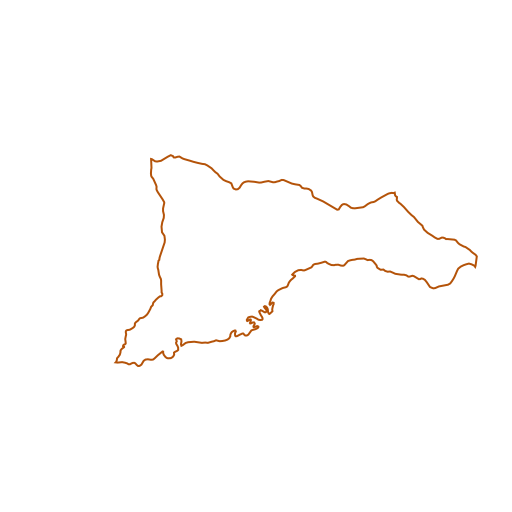 Güepsa, Santander, Colombia (Natural Earth projection), rotated 233°
{"feature_id": "7082276B24684560150215", "entity_name": "Güepsa", "entity_type": "district", "adm_level": 2, "iso_a3": "COL", "parent_name": "Colombia", "parent_adm1": "Santander", "projection": "natural_earth1", "projection_center": [-73.583, 6.036], "detail": "fine", "context": "isolated", "style": "outline", "palette": "amber", "viewbox_px": 512, "rotation_deg": 233, "n_neighbors": 0, "source": "geoboundaries", "source_scale": "gbopen_adm2", "svg_char_len": 6117}
<svg xmlns="http://www.w3.org/2000/svg" viewBox="0 0 512 512"><g transform="rotate(233 256 256)"><path d="M396.6,230.6L389.2,225.5L388.1,224.3L385.2,221.8L383.2,220.6L382.2,220.3L379.5,220.4L372.8,218.9L371.2,218.3L369.3,216.7L368.1,216.3L366.0,216.0L357.4,215.5L354.4,215.1L353.6,214.7L349.9,210.4L347.8,208.8L344.2,207.2L341.9,205.2L339.4,201.5L336.3,198.2L331.5,195.2L328.7,195.1L327.2,195.0L323.9,193.1L321.8,191.2L313.6,179.2L312.6,177.9L311.1,176.4L311.1,176.2L310.8,175.1L310.1,174.5L308.9,173.1L306.6,170.9L305.3,170.2L303.7,169.6L299.4,167.3L297.4,166.7L294.9,166.2L293.4,165.4L290.5,163.2L284.6,159.4L284.0,158.8L282.1,158.4L281.1,157.5L281.0,156.9L281.0,155.9L281.6,155.0L281.6,152.9L281.3,149.7L280.8,147.6L280.7,146.4L280.4,145.7L278.8,143.8L278.6,141.8L277.3,139.7L275.5,135.8L274.8,133.6L274.6,131.1L274.7,128.8L275.0,128.1L276.0,126.1L276.1,125.6L276.0,124.9L275.4,123.0L275.4,120.3L275.2,119.2L274.9,118.6L273.5,117.5L272.9,116.4L272.7,115.6L272.7,114.0L273.0,111.2L273.5,109.9L273.9,109.4L274.4,108.3L274.5,107.5L274.3,106.9L273.8,106.4L273.1,105.9L271.8,105.3L271.1,104.7L270.3,103.7L268.4,101.6L265.6,100.0L264.5,99.2L264.4,98.8L264.4,97.9L264.7,97.1L264.7,96.8L264.4,96.0L263.9,95.5L262.9,96.0L262.6,95.8L262.6,92.9L262.2,91.4L261.9,90.8L261.4,90.3L261.0,90.2L259.6,88.5L259.0,87.6L258.8,86.7L258.3,85.5L258.2,84.5L257.9,83.4L256.8,82.4L255.7,80.9L255.5,79.9L254.1,81.4L251.8,85.2L249.7,87.1L247.9,88.4L246.2,89.1L245.4,90.2L245.1,92.1L244.7,93.4L243.7,94.7L242.8,95.0L240.6,95.2L239.1,95.6L238.3,96.9L238.2,99.1L239.9,103.2L239.8,105.4L238.6,107.5L236.7,109.3L235.8,110.4L235.2,111.7L235.3,113.7L235.8,117.9L236.0,123.9L235.5,124.3L234.3,123.4L232.6,122.9L230.1,122.9L228.4,123.3L227.3,124.1L225.7,126.5L225.5,128.1L225.6,129.4L226.4,131.2L228.2,132.4L228.2,133.5L227.7,136.1L227.8,137.3L229.7,138.7L231.6,139.2L233.7,139.4L234.8,139.9L235.6,141.4L237.6,142.0L237.6,143.6L236.4,145.0L234.5,146.1L232.8,145.2L230.6,142.9L229.2,142.4L228.9,143.9L228.9,147.5L228.0,149.9L224.7,155.1L219.2,160.5L217.4,163.4L215.6,165.3L214.1,169.3L213.3,171.0L212.7,173.4L209.8,175.7L208.4,177.9L207.1,180.5L206.4,183.0L206.4,185.1L207.3,187.1L208.4,188.0L209.3,189.4L209.8,190.8L209.7,192.7L209.3,194.2L208.9,194.7L207.8,194.4L207.1,192.9L205.3,191.6L204.7,191.4L204.1,191.5L203.5,192.4L203.2,193.8L203.0,195.3L202.3,198.4L201.7,199.2L200.0,199.3L199.1,199.5L198.5,200.1L198.0,200.9L197.8,202.5L197.9,202.9L199.3,207.4L199.1,208.5L197.9,211.5L197.5,213.5L197.5,214.4L197.7,215.0L198.2,215.4L199.1,215.0L199.5,214.3L200.2,211.9L200.6,211.3L201.1,211.4L201.6,212.0L202.4,213.9L202.9,214.4L204.1,214.5L204.8,213.6L205.2,211.6L205.6,210.8L206.1,210.8L207.4,212.9L208.2,213.5L208.5,213.5L208.9,213.1L209.0,212.4L209.1,210.7L209.3,209.9L209.7,209.8L210.5,210.2L211.4,212.3L211.6,213.0L210.9,214.8L210.0,216.4L208.8,217.2L205.4,219.0L204.4,219.3L203.4,219.8L202.1,221.1L201.4,222.5L201.6,223.2L202.4,223.8L203.6,224.1L206.1,224.3L209.1,224.9L209.9,225.3L209.9,225.8L209.6,226.7L209.8,227.2L208.6,227.9L205.9,229.0L205.3,229.8L205.3,230.9L205.9,231.6L207.2,231.8L209.8,231.7L210.7,231.9L210.7,232.8L209.9,233.5L208.2,233.8L206.5,233.4L204.0,231.9L202.3,231.5L201.6,231.9L201.8,234.5L202.0,235.9L203.6,236.8L204.7,238.0L206.3,239.9L206.9,241.1L208.0,241.9L208.9,241.2L208.9,239.8L208.5,238.7L208.5,237.8L209.4,237.8L210.5,238.9L211.4,240.4L212.8,242.3L213.8,244.9L214.4,247.9L215.3,251.2L215.3,253.2L214.6,257.0L214.2,258.5L213.1,261.0L212.9,262.2L213.2,263.4L215.0,266.3L215.6,268.3L215.9,270.0L215.9,271.6L216.3,275.0L216.8,275.3L218.6,273.8L219.3,273.7L219.5,274.7L219.7,276.3L219.8,277.7L219.2,281.2L217.7,283.7L216.1,285.0L215.4,286.0L215.0,287.3L213.6,293.4L213.9,294.8L214.4,295.9L214.4,297.2L214.0,298.5L212.7,300.7L211.4,303.8L210.0,307.7L209.0,308.4L207.4,308.7L205.7,309.5L203.4,310.8L201.7,312.8L201.1,314.2L199.5,316.5L197.2,318.1L195.8,319.7L195.5,320.9L196.6,326.4L196.0,328.3L195.0,330.5L193.7,332.7L192.8,335.1L189.1,340.6L187.2,341.8L185.6,342.6L184.5,344.5L183.2,345.8L181.3,346.4L177.5,346.6L175.8,346.6L174.6,346.0L173.4,345.9L170.1,347.2L169.3,348.3L168.5,349.6L166.3,350.2L164.2,351.7L162.9,353.8L160.1,355.4L158.0,356.5L153.7,360.7L151.9,363.0L150.0,364.5L147.9,365.2L147.1,366.3L146.1,369.0L144.8,370.0L139.5,372.1L138.7,373.3L138.6,374.5L137.3,375.7L135.3,376.5L132.3,376.6L126.6,376.3L124.9,377.2L123.4,378.2L122.5,379.9L121.6,383.8L117.5,392.1L117.2,394.6L118.0,397.4L119.1,400.3L120.2,402.6L123.1,407.6L124.2,409.9L124.3,413.2L123.7,416.3L122.9,418.8L121.8,421.5L119.7,423.1L117.0,424.5L115.4,424.5L116.1,425.5L122.8,432.1L124.8,432.1L128.3,431.0L130.1,430.6L132.1,430.4L137.1,428.7L138.6,427.6L142.9,425.6L144.9,425.2L148.1,425.1L149.6,424.3L153.8,419.7L155.2,417.9L156.6,417.5L158.2,416.4L158.9,415.4L159.5,412.5L160.5,411.2L163.3,409.9L166.1,409.0L171.2,407.0L175.9,406.1L178.6,406.6L180.0,407.1L185.8,405.8L192.1,405.6L195.1,404.8L199.6,404.1L206.1,403.6L210.8,402.8L212.2,402.3L215.3,401.9L216.3,402.3L217.3,403.3L218.3,404.1L219.6,403.6L220.7,403.6L223.1,404.9L223.3,403.9L224.8,402.3L225.9,400.0L226.3,398.6L227.4,391.2L227.8,387.0L227.9,384.2L228.3,382.5L229.5,380.2L229.9,378.5L230.2,376.4L230.2,372.8L230.5,370.9L234.6,363.6L236.1,361.9L237.6,360.8L239.4,360.4L242.7,359.2L244.3,357.8L244.9,356.8L245.1,355.3L244.5,352.8L243.4,350.1L244.1,348.7L259.1,342.5L265.0,339.3L267.1,338.0L269.1,337.5L270.4,337.8L273.4,339.2L275.1,339.4L277.8,338.4L279.5,336.9L280.7,335.3L282.8,333.8L285.0,333.8L286.6,333.4L289.7,330.4L292.3,328.2L300.0,323.8L301.3,322.3L301.9,319.6L302.8,317.6L303.5,315.6L304.6,314.0L308.4,311.0L310.2,307.5L311.6,304.3L312.7,302.7L316.2,299.4L320.4,294.7L321.5,292.6L322.1,290.7L322.1,288.9L321.5,286.7L320.4,284.0L320.3,281.7L321.2,280.0L323.3,278.7L324.7,278.8L328.9,280.0L331.2,278.9L333.7,277.2L336.4,275.8L341.4,274.8L344.8,274.8L347.4,274.0L350.0,273.6L352.8,273.3L357.7,271.6L360.1,270.4L361.9,268.5L365.4,265.5L368.9,262.7L371.7,260.7L376.6,257.0L378.2,256.0L381.5,254.7L382.4,253.2L383.3,250.7L384.3,249.6L385.7,249.8L387.8,248.6L388.4,245.2L389.2,237.4L391.0,233.8L392.4,232.4L396.0,231.1L396.6,230.6Z" fill="none" stroke="#b45309" stroke-width="2"/></g></svg>